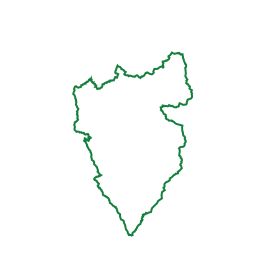 Tha Pla, Uttaradit, Thailand, rotated 121°
{"feature_id": "78962969B89891348758584", "entity_name": "Tha Pla", "entity_type": "district", "adm_level": 2, "iso_a3": "THA", "parent_name": "Thailand", "parent_adm1": "Uttaradit", "projection": "albers", "projection_center": [100.444, 17.83], "detail": "fine", "context": "isolated", "style": "outline", "palette": "green", "viewbox_px": 256, "rotation_deg": 121, "n_neighbors": 0, "source": "geoboundaries", "source_scale": "gbopen_adm2", "svg_char_len": 5831}
<svg xmlns="http://www.w3.org/2000/svg" viewBox="0 0 256 256"><g transform="rotate(121 128 128)"><path d="M36.7,119.1L36.9,119.7L37.4,119.8L37.9,120.6L37.6,121.1L37.9,122.0L37.3,122.5L37.4,123.2L38.3,123.7L38.4,124.3L40.3,126.1L40.8,127.7L40.7,129.2L43.8,129.3L45.5,130.3L46.2,130.0L46.4,128.7L47.9,128.4L50.5,129.5L50.5,130.2L52.0,131.0L53.2,132.5L54.0,132.0L54.4,131.0L56.2,130.6L56.3,130.0L57.0,129.7L57.6,128.9L57.9,128.9L58.2,129.5L57.7,130.4L58.3,131.2L59.8,132.3L61.7,132.9L62.9,134.2L63.7,135.8L66.6,135.4L67.3,134.4L69.2,134.8L69.9,135.5L70.4,137.3L70.4,140.0L71.2,140.3L71.2,140.8L72.1,141.2L75.0,141.2L75.6,141.7L76.3,141.9L76.8,142.9L77.4,142.8L77.9,143.4L78.7,143.2L78.8,144.9L78.1,146.8L78.2,147.5L79.8,148.5L80.7,148.6L80.8,149.4L81.4,150.2L81.9,152.9L82.4,153.4L82.5,154.0L83.2,154.2L82.9,155.4L83.8,156.8L84.0,158.1L83.8,158.9L81.2,158.8L81.2,160.3L80.6,161.6L80.6,162.8L81.0,163.9L80.3,164.6L80.0,165.6L79.8,166.4L80.3,167.9L79.9,169.1L86.7,167.8L87.5,166.6L87.0,165.8L86.8,164.2L90.6,163.4L90.9,165.2L94.4,164.7L94.6,165.2L95.2,165.6L95.8,166.8L96.2,166.8L96.5,167.2L96.7,168.1L97.3,168.3L98.0,167.8L98.2,168.5L99.3,169.7L100.3,169.5L100.6,170.3L101.7,171.2L102.8,171.1L103.2,171.9L103.6,172.3L104.3,172.2L104.7,171.8L105.6,171.5L106.8,171.4L107.6,172.3L108.7,172.4L109.3,173.0L109.4,173.7L110.4,174.4L110.3,174.8L109.7,175.5L109.4,176.4L108.4,176.9L108.8,177.2L108.3,177.2L108.4,177.6L107.8,178.1L107.9,179.0L107.6,179.1L107.8,179.3L107.2,180.4L107.3,180.8L106.8,181.0L107.4,181.4L107.3,182.3L106.8,182.7L106.6,183.7L105.4,183.9L105.3,184.2L105.5,184.4L105.1,184.5L105.1,185.0L104.8,185.2L105.5,185.2L105.6,185.6L106.3,185.8L106.2,186.1L106.7,186.3L107.3,186.0L109.0,186.3L109.5,187.0L109.8,186.7L111.0,187.6L111.8,187.2L112.2,188.3L113.2,188.4L113.7,189.1L114.4,189.0L115.4,190.1L115.9,189.7L117.3,189.6L117.8,190.4L119.0,191.3L119.3,192.6L118.9,193.7L119.1,194.2L119.5,194.6L120.3,194.8L122.7,194.1L122.9,193.4L123.4,193.1L125.2,193.0L127.1,192.4L127.3,190.9L129.3,188.6L130.0,188.3L130.4,187.2L131.0,186.7L131.8,186.6L132.2,185.7L134.9,184.6L135.4,183.3L136.4,182.4L137.2,180.4L139.6,180.1L140.1,180.3L140.7,179.4L141.6,179.3L142.0,178.6L142.9,178.6L143.4,177.3L145.6,176.6L145.7,176.0L146.3,175.8L146.7,175.1L149.5,175.7L149.8,176.3L150.7,176.5L151.9,175.8L152.9,175.8L154.6,173.9L156.0,173.6L157.0,172.9L157.8,170.1L156.8,169.1L156.5,167.9L156.7,167.0L155.8,166.1L156.0,165.1L154.9,163.5L155.2,162.7L155.8,162.2L155.5,161.0L154.2,160.0L154.3,159.4L153.8,158.9L154.0,158.5L155.4,157.6L155.4,155.0L155.7,154.8L156.1,155.1L156.6,155.8L156.5,156.5L156.9,156.9L157.7,156.6L158.0,155.3L158.9,155.1L159.4,155.3L159.4,156.4L160.1,157.3L158.9,158.7L159.1,159.7L160.3,159.1L161.6,159.0L161.9,157.2L163.8,154.1L164.4,154.0L165.2,152.5L165.6,152.3L165.7,151.5L166.7,150.1L166.7,149.4L167.2,148.2L168.0,147.8L168.2,147.1L169.5,145.7L170.6,145.0L171.6,144.8L172.9,143.3L174.0,142.6L174.0,140.7L174.8,139.3L175.8,139.0L176.6,138.2L176.7,136.8L177.4,135.5L177.4,134.7L179.8,131.9L181.0,131.6L180.9,131.1L181.5,130.6L182.4,127.8L182.3,126.8L183.9,127.5L184.3,128.5L185.2,128.6L186.1,130.1L186.6,130.0L187.9,130.8L189.3,130.7L189.7,129.8L189.4,129.1L189.7,127.9L189.6,127.4L190.1,126.9L190.2,125.9L191.0,124.8L190.8,124.3L191.8,124.0L193.2,124.2L193.8,123.3L193.6,122.9L194.5,121.7L193.9,121.0L194.9,119.4L194.8,118.8L195.4,118.3L196.2,116.5L198.0,115.3L198.4,114.6L198.0,113.4L198.2,112.6L197.9,112.2L198.3,111.1L198.0,110.4L198.3,110.0L198.1,109.0L198.9,107.6L199.6,107.1L199.6,106.6L201.6,104.9L201.5,103.4L202.4,100.5L202.2,99.4L202.5,98.4L202.1,97.9L202.7,97.4L202.8,96.3L203.7,95.6L204.5,94.5L205.3,93.9L206.0,92.3L205.8,91.5L206.0,90.4L208.0,89.2L209.8,87.2L210.0,86.6L209.7,85.1L209.9,83.8L211.5,82.4L212.6,80.6L216.0,77.5L216.8,75.2L218.3,73.8L218.4,72.8L219.1,72.5L219.3,72.1L218.4,70.7L218.4,69.8L217.6,68.9L216.4,69.8L215.4,70.0L213.9,69.5L213.4,69.0L212.5,69.2L211.6,68.7L210.5,69.1L209.4,68.8L208.0,69.2L205.4,68.8L204.7,68.2L203.7,67.9L203.3,68.2L202.0,68.3L201.5,68.7L201.0,68.5L200.7,68.9L200.1,68.2L199.1,68.3L198.9,69.1L198.2,69.7L196.3,69.4L196.2,70.0L195.0,69.7L194.7,70.5L194.3,70.3L194.3,69.7L193.5,69.7L192.9,68.6L191.5,68.8L191.3,67.5L190.1,66.9L188.1,65.0L185.5,65.9L184.1,66.1L177.5,64.4L175.0,64.6L170.9,62.7L168.2,64.7L165.4,65.8L162.3,64.5L161.1,66.8L159.3,66.5L157.7,67.7L156.5,67.9L154.5,67.2L153.6,66.4L151.3,65.3L149.7,66.2L147.7,65.1L144.5,64.4L144.2,63.9L142.5,63.5L142.3,62.9L141.1,61.8L140.3,62.0L139.9,62.7L138.9,62.4L138.3,61.9L134.8,61.2L133.0,63.1L132.9,64.0L132.5,64.3L131.9,64.5L130.0,64.2L129.4,64.6L129.3,65.0L127.8,65.2L126.9,66.0L126.9,66.4L126.5,66.8L126.5,67.5L125.7,67.9L125.2,68.7L125.4,69.4L125.0,70.1L121.2,71.7L119.6,72.9L119.2,73.8L117.8,73.5L116.8,72.7L115.9,71.2L114.3,70.5L113.1,70.8L112.2,71.5L110.1,71.4L109.9,71.8L109.2,72.0L108.7,73.2L108.2,73.3L107.8,74.0L106.7,74.2L106.1,75.4L106.0,76.5L105.1,77.6L103.3,78.8L103.1,79.4L101.9,80.4L99.5,82.0L97.9,82.6L99.6,88.7L99.4,90.9L99.1,91.7L99.4,93.3L99.1,93.3L99.1,94.5L100.6,96.6L100.2,97.8L100.5,99.6L100.2,100.6L98.8,101.1L98.7,101.7L98.2,101.7L97.2,102.6L97.5,104.6L95.7,107.2L95.9,108.2L95.5,108.5L95.5,109.1L94.9,109.1L93.5,110.6L92.2,109.4L90.9,109.9L90.4,108.8L90.7,108.1L89.6,106.9L89.2,105.6L88.5,104.7L87.3,104.6L87.4,103.7L86.9,103.1L87.1,102.4L86.1,101.3L86.4,100.2L86.2,99.0L85.6,97.4L84.4,96.9L83.5,95.7L80.7,96.5L80.1,96.4L79.8,92.8L78.0,90.3L76.9,90.2L74.9,91.2L73.9,91.1L73.0,91.5L70.3,89.2L68.6,89.0L67.2,89.8L66.6,90.6L65.3,90.9L64.9,92.1L64.2,92.7L63.3,92.5L62.7,92.7L62.7,95.4L62.4,95.7L61.0,96.0L60.4,96.7L60.6,97.6L59.6,98.9L59.8,100.4L59.6,101.2L58.2,101.5L57.5,102.3L56.0,102.0L54.1,105.5L51.3,106.6L46.8,110.0L45.9,109.7L43.9,110.7L43.6,111.1L43.6,112.2L42.7,113.0L41.6,114.7L40.3,115.8L39.6,117.1L38.6,117.5L38.0,118.3L36.7,119.1Z" fill="none" stroke="#15803d" stroke-width="2"/></g></svg>